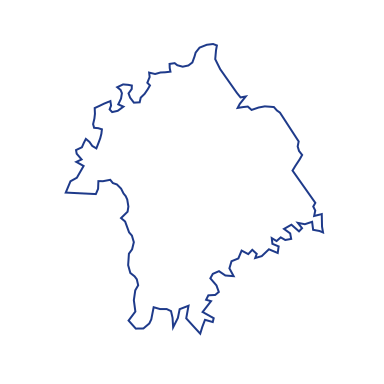 Tapejara, Rio Grande do Sul, Brazil (Equal Earth projection), rotated 241°
{"feature_id": "56859067B25577856249744", "entity_name": "Tapejara", "entity_type": "district", "adm_level": 2, "iso_a3": "BRA", "parent_name": "Brazil", "parent_adm1": "Rio Grande do Sul", "projection": "equal_earth", "projection_center": [-52.006, -28.054], "detail": "fine", "context": "isolated", "style": "outline", "palette": "blue", "viewbox_px": 384, "rotation_deg": 241, "n_neighbors": 0, "source": "geoboundaries", "source_scale": "gbopen_adm2", "svg_char_len": 2405}
<svg xmlns="http://www.w3.org/2000/svg" viewBox="0 0 384 384"><g transform="rotate(241 192 192)"><path d="M222.1,305.8L226.6,304.8L228.8,301.5L231.6,297.2L233.6,291.2L234.9,283.9L239.7,282.2L241.5,277.9L243.4,272.7L245.9,276.5L249.5,285.3L251.2,280.3L256.9,279.3L285.7,276.2L296.9,276.7L304.3,281.7L308.1,284.8L311.2,282.2L313.6,276.3L314.6,268.6L312.2,262.8L309.2,259.8L305.1,255.1L304.4,250.2L306.1,244.6L310.0,240.6L313.1,239.3L314.9,234.5L311.2,232.6L307.7,231.5L309.7,226.6L311.8,222.4L313.1,216.9L317.2,212.4L313.1,210.7L309.2,205.9L305.6,206.9L303.3,203.1L300.8,198.1L299.4,192.9L295.8,189.7L298.3,184.5L304.5,183.6L309.0,184.3L311.3,189.2L314.3,191.0L316.7,188.1L319.5,183.9L319.9,177.4L315.9,179.0L312.4,178.6L308.1,175.2L304.4,170.0L299.9,173.4L299.0,166.4L300.6,160.9L304.2,160.0L306.8,163.1L311.1,164.7L311.9,158.0L312.2,152.6L312.6,147.6L307.4,145.0L303.5,142.2L299.3,138.4L295.6,137.5L293.3,140.9L290.5,143.6L286.9,141.0L283.5,137.8L280.5,134.3L276.5,129.5L280.6,127.1L285.5,126.6L289.9,124.9L287.4,121.2L284.5,117.4L284.9,110.9L281.4,109.7L274.0,111.2L274.4,105.4L267.3,109.8L260.3,98.2L260.3,90.9L252.7,81.3L236.8,106.9L240.3,111.4L246.9,115.4L244.6,119.4L242.3,126.4L238.2,127.1L235.0,130.0L229.3,131.6L223.9,131.4L220.5,132.0L216.8,131.7L210.1,129.3L206.0,126.1L203.6,117.3L198.6,119.2L187.2,117.4L183.0,118.3L176.3,116.8L170.9,111.8L168.6,106.9L159.0,100.7L151.1,98.8L146.1,100.9L142.4,101.4L136.5,99.7L133.5,94.7L125.6,88.7L114.9,84.5L110.3,74.2L99.8,76.6L96.2,83.3L97.7,90.9L100.3,94.6L109.8,102.6L105.1,107.3L101.9,113.1L98.0,115.9L91.4,114.0L82.8,109.9L88.7,118.6L95.5,124.4L94.2,133.8L84.3,125.7L74.1,128.1L64.1,130.5L69.1,135.7L73.9,141.4L68.2,147.1L71.1,149.8L81.9,143.1L87.3,155.7L90.9,152.1L93.7,156.2L90.7,162.4L91.6,167.0L98.4,168.1L107.6,166.2L110.3,170.5L109.7,177.2L102.8,180.7L98.2,187.6L107.1,187.7L112.3,193.0L111.4,200.3L116.7,207.0L110.4,211.1L112.2,216.7L106.5,218.6L103.6,215.3L102.1,221.9L104.6,231.5L97.1,237.4L102.4,241.4L107.7,237.2L113.0,239.4L108.1,242.2L109.3,247.6L104.8,250.3L102.9,256.0L108.2,257.8L115.1,254.6L115.2,263.1L105.7,266.5L107.0,270.7L113.7,269.6L109.1,275.1L107.7,282.6L100.2,279.6L96.1,284.6L93.1,287.0L98.6,288.9L109.8,294.8L111.8,287.2L116.0,290.8L120.5,291.0L122.7,294.6L162.0,290.3L164.8,295.2L168.3,301.9L171.0,306.3L176.0,305.5L180.6,306.5L184.5,309.8L218.8,307.4L222.1,305.8Z" fill="none" stroke="#1e3a8a" stroke-width="2"/></g></svg>